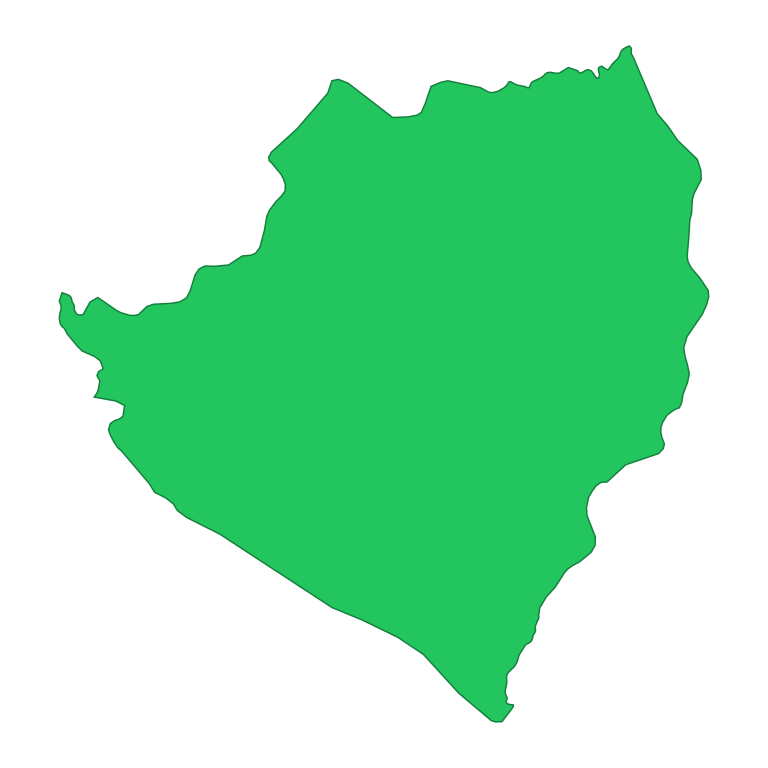 the Province of At-Ta'mim
{"feature_id": "IRQ-3049", "entity_name": "At-Ta'mim", "entity_type": "Province", "adm_level": 1, "iso_a3": "IRQ", "parent_name": "Iraq", "parent_adm1": "", "projection": "equal_earth", "projection_center": [44.125, 35.305], "detail": "fine", "context": "isolated", "style": "filled", "palette": "green", "viewbox_px": 768, "rotation_deg": 0, "n_neighbors": 0, "source": "natural_earth", "source_scale": "10m", "svg_char_len": 3245}
<svg xmlns="http://www.w3.org/2000/svg" viewBox="0 0 768 768"><path d="M633.8,58.4L657.2,113.6L667.9,126.2L677.6,140.4L697.2,159.2L700.8,170.2L701.2,179.6L694.1,193.4L692.4,199.3L691.5,213.6L689.8,220.2L688.6,240.3L687.1,256.4L688.1,261.9L691.0,267.5L700.1,278.4L708.2,290.5L708.7,296.9L706.6,304.7L702.3,314.2L686.9,336.8L683.7,347.8L685.0,356.1L687.6,365.5L689.3,373.9L687.5,382.5L683.0,394.4L681.8,402.0L680.6,405.4L679.2,407.9L676.0,408.9L672.1,411.3L667.0,415.2L662.7,422.2L661.0,427.3L660.8,432.1L661.5,436.3L664.4,444.0L663.2,448.7L658.7,453.5L625.8,464.7L607.0,482.0L601.7,482.2L599.2,483.5L596.0,485.9L592.1,491.3L588.6,497.3L586.5,507.3L586.9,515.2L595.4,537.1L595.1,545.4L591.0,552.4L579.4,561.9L572.9,565.4L567.7,569.0L564.6,572.5L555.2,587.1L546.2,597.1L539.6,608.1L539.1,612.8L538.8,614.1L538.6,615.1L538.8,616.5L538.7,618.4L537.3,621.1L535.6,625.4L535.4,626.8L535.2,627.8L535.6,629.8L535.3,631.7L533.3,635.1L532.7,636.5L532.7,638.0L532.0,639.8L530.6,641.9L525.6,644.8L519.0,655.1L517.5,660.7L516.1,663.9L513.7,667.2L508.3,672.5L507.0,674.6L506.6,676.8L506.8,682.3L506.4,685.3L505.0,691.4L505.4,693.8L507.0,697.4L507.1,698.7L506.3,701.2L506.4,702.6L507.2,703.7L508.8,704.3L513.2,704.9L513.4,706.3L511.5,709.3L501.9,721.7L495.5,721.9L491.3,720.6L459.0,693.4L423.5,654.5L397.8,637.3L361.8,619.8L332.1,607.6L304.4,589.5L219.9,534.2L187.1,517.7L177.4,510.6L173.4,503.9L165.7,497.9L154.6,492.3L149.1,483.4L121.3,450.7L118.0,448.0L113.8,441.7L110.1,434.6L108.5,429.6L110.4,423.5L114.5,420.7L119.4,419.0L123.0,416.2L124.6,405.5L115.8,401.0L94.2,397.1L96.8,393.4L98.2,390.0L99.7,381.8L99.3,379.4L97.9,377.6L97.0,375.5L98.3,372.0L99.8,370.7L101.3,370.2L102.5,369.6L102.9,368.0L100.4,360.9L94.4,356.4L82.5,351.2L77.8,346.7L67.1,333.8L65.0,329.6L64.1,328.2L62.1,326.6L60.2,323.6L59.3,318.3L60.0,312.7L61.0,309.4L61.2,306.2L59.3,301.1L62.1,292.7L68.5,295.1L70.2,296.2L71.5,298.4L71.7,300.2L72.2,301.8L73.9,304.8L74.3,307.3L74.3,309.9L76.6,314.0L79.2,315.1L83.0,314.7L90.0,302.1L97.8,297.5L116.8,310.6L120.8,312.7L129.7,315.3L134.2,315.5L138.5,314.6L146.9,306.5L153.4,304.3L171.5,303.3L179.8,301.9L186.5,297.8L190.1,291.1L195.1,274.9L199.2,268.9L205.0,266.0L214.4,266.3L228.5,265.0L242.2,256.0L251.2,255.2L255.8,253.1L260.0,247.1L264.4,230.4L266.8,216.5L269.6,210.0L276.1,201.4L281.5,196.0L285.1,190.9L285.4,184.6L283.7,179.5L281.1,174.4L271.8,163.1L269.1,160.6L268.8,157.0L271.4,152.2L297.3,128.6L327.8,93.1L332.0,80.7L338.5,79.4L348.1,83.2L392.6,117.5L408.4,116.9L417.3,115.1L421.3,112.4L425.0,104.2L431.1,86.4L440.8,82.3L447.9,80.8L471.1,85.7L480.3,87.6L488.3,92.0L490.7,92.6L494.2,92.3L498.3,91.1L504.4,87.6L506.8,85.2L508.9,81.8L510.5,81.7L515.7,84.5L518.1,85.3L524.8,86.5L526.7,87.4L528.0,87.8L529.3,87.5L531.4,82.7L532.9,81.5L540.8,77.9L543.1,76.3L544.9,74.4L547.2,72.7L550.3,72.3L555.6,73.2L559.2,73.2L568.3,67.5L577.6,70.7L578.7,72.2L579.9,73.0L581.8,72.7L585.5,70.4L588.0,69.6L591.1,70.8L592.9,72.8L595.6,77.1L597.2,78.2L598.7,77.9L599.5,75.3L599.2,73.4L598.7,71.6L598.3,69.7L598.6,67.9L600.2,66.7L601.8,66.2L606.3,69.4L608.0,69.7L610.1,67.3L611.8,64.7L614.2,61.9L617.8,58.8L619.3,56.0L620.9,51.8L622.1,49.9L624.0,48.5L628.6,46.1L629.9,46.4L631.3,48.3L631.3,53.7L633.8,58.4Z" fill="#22c55e" stroke="#15803d" stroke-width="1.5"/></svg>